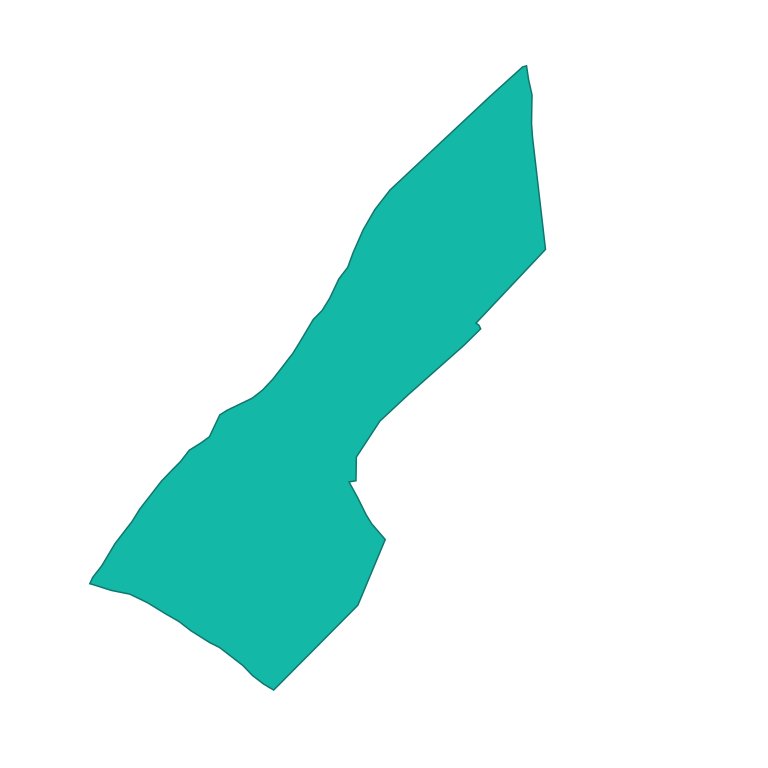 outline of Ondo East, Ondo, Nigeria, rotated 218°
{"feature_id": "59680162B42065071303183", "entity_name": "Ondo East", "entity_type": "district", "adm_level": 2, "iso_a3": "NGA", "parent_name": "Nigeria", "parent_adm1": "Ondo", "projection": "equal_earth", "projection_center": [4.956, 7.049], "detail": "fine", "context": "isolated", "style": "filled", "palette": "teal", "viewbox_px": 768, "rotation_deg": 218, "n_neighbors": 0, "source": "geoboundaries", "source_scale": "gbopen_adm2", "svg_char_len": 1167}
<svg xmlns="http://www.w3.org/2000/svg" viewBox="0 0 768 768"><g transform="rotate(218 384 384)"><path d="M339.6,589.5L418.8,669.8L428.1,680.1L439.0,694.5L445.2,702.8L457.6,713.0L467.6,722.5L470.0,719.2L477.6,675.5L498.7,540.6L498.6,515.7L495.4,492.9L489.1,468.1L484.4,453.6L484.3,439.1L479.6,418.3L478.0,403.8L479.5,391.4L476.3,366.5L474.7,352.0L474.7,343.9L474.6,337.5L474.6,327.3L474.6,318.8L476.0,304.3L479.1,291.8L485.2,279.4L491.4,266.9L494.4,258.6L489.1,234.9L492.1,224.5L496.7,212.0L496.6,197.5L497.8,187.7L499.6,170.5L499.5,147.7L499.5,135.3L497.9,120.7L497.8,104.2L497.7,92.7L494.5,66.9L494.5,52.3L492.9,45.5L488.9,47.1L477.0,51.5L471.9,53.4L458.3,60.2L454.9,61.9L434.9,66.2L432.6,66.4L414.8,68.4L399.3,70.6L383.9,70.7L362.2,72.9L351.4,75.1L339.0,75.2L331.3,75.2L322.0,75.3L308.1,73.3L294.2,73.4L287.0,74.3L283.0,74.9L282.5,74.9L278.9,105.2L278.6,107.8L276.7,123.5L268.4,193.6L269.5,197.6L287.1,261.6L287.2,262.2L307.3,266.2L308.3,266.5L318.2,270.2L322.2,272.2L335.2,278.4L351.3,285.3L346.5,290.5L360.8,309.4L364.4,352.2L358.3,390.6L344.8,463.8L341.8,487.0L345.5,488.8L349.0,488.5L339.6,589.5Z" fill="#14b8a6" stroke="#0f766e" stroke-width="1.5"/></g></svg>